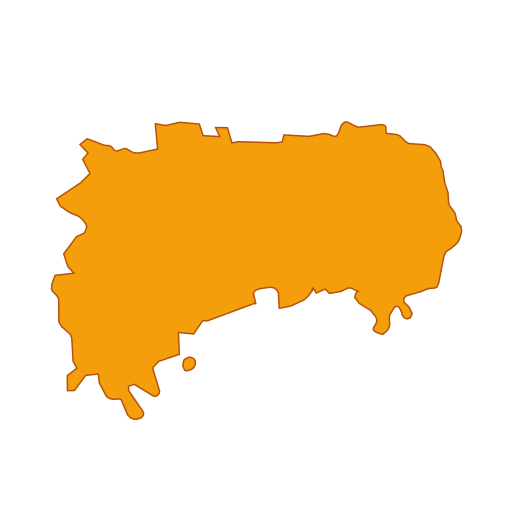 outline of Palencia, rotated 82°
{"feature_id": "ESP-5839", "entity_name": "Palencia", "entity_type": "Autonomous Community", "adm_level": 1, "iso_a3": "ESP", "parent_name": "Spain", "parent_adm1": "", "projection": "natural_earth1", "projection_center": [-4.405, 42.407], "detail": "fine", "context": "isolated", "style": "filled", "palette": "amber", "viewbox_px": 512, "rotation_deg": 82, "n_neighbors": 0, "source": "natural_earth", "source_scale": "10m", "svg_char_len": 2908}
<svg xmlns="http://www.w3.org/2000/svg" viewBox="0 0 512 512"><g transform="rotate(82 256 256)"><path d="M351.3,141.4L348.7,146.9L346.8,149.2L344.7,150.1L343.3,149.6L339.3,146.3L336.0,145.1L332.6,146.0L325.9,150.0L317.5,160.1L310.7,164.1L307.3,162.5L305.5,161.1L305.2,159.9L301.1,166.1L300.5,169.4L302.9,176.8L303.3,188.4L298.3,192.1L301.1,201.5L295.6,203.8L296.9,205.3L297.5,204.5L302.8,209.7L306.1,214.4L310.4,228.5L311.0,240.3L296.1,239.0L292.7,240.0L290.3,242.3L288.9,245.7L288.9,256.3L289.8,261.1L292.3,263.8L303.7,262.8L302.6,263.5L313.4,313.1L312.6,317.8L324.6,328.6L320.9,343.5L342.7,345.6L346.8,367.0L351.7,373.1L353.1,373.9L376.4,370.3L379.0,371.3L380.9,374.0L380.5,377.0L366.1,394.4L367.3,400.5L372.0,400.6L395.2,389.1L398.1,389.7L400.1,391.9L401.0,395.2L400.9,398.9L398.8,402.8L395.4,405.3L379.7,409.4L378.6,410.9L378.0,417.2L377.2,419.9L375.8,422.1L374.1,423.7L359.9,428.8L350.9,428.6L350.5,441.3L363.9,454.5L363.1,461.5L348.2,459.5L342.1,448.9L334.8,451.8L312.1,449.9L307.7,450.8L299.1,458.1L293.7,460.4L271.3,457.4L267.8,458.6L262.2,462.6L260.1,463.1L255.3,462.0L247.2,457.6L247.7,438.8L240.2,443.8L227.1,446.1L211.7,430.9L209.6,423.4L208.3,421.9L204.6,419.9L202.9,419.6L200.7,420.1L196.1,422.4L192.1,425.9L187.0,434.5L179.4,442.9L171.6,445.5L159.1,419.5L151.2,408.9L136.2,414.2L130.6,408.1L121.1,414.8L116.4,406.8L125.1,391.1L126.3,386.2L127.0,384.7L128.6,383.3L130.5,382.3L132.0,381.0L132.7,378.5L131.2,371.7L131.7,369.4L136.2,363.8L137.2,360.6L137.7,357.3L136.4,338.5L111.0,337.3L114.2,327.4L113.0,312.7L117.4,293.8L129.5,291.6L132.7,275.3L123.2,278.1L125.0,266.4L140.7,264.1L140.3,257.9L146.7,220.2L146.7,214.1L140.0,211.5L144.9,186.8L144.2,171.6L145.7,166.7L148.3,162.3L148.6,160.1L146.9,157.9L138.7,153.4L136.6,151.2L135.6,148.8L136.2,146.5L141.4,139.4L142.8,136.1L143.3,114.1L143.7,112.0L144.7,110.3L146.3,109.4L152.6,110.1L155.2,100.0L157.2,96.6L163.5,91.9L165.9,89.1L169.3,73.2L172.1,68.5L179.4,63.5L188.0,60.1L193.4,60.2L197.5,59.0L210.3,58.9L220.0,57.0L229.0,57.8L232.4,57.6L241.0,53.1L244.3,52.6L248.1,52.5L250.5,51.6L255.2,48.9L259.5,48.9L262.6,49.8L268.7,52.9L271.0,54.6L276.0,62.5L277.0,64.8L277.2,65.3L278.7,67.6L282.3,69.9L308.3,78.9L312.0,81.2L312.6,83.4L312.5,85.7L312.2,88.0L312.8,92.5L314.0,97.0L314.5,99.3L314.6,101.7L315.2,103.9L315.3,106.4L315.8,108.5L315.9,110.4L316.2,111.7L316.7,113.4L318.1,115.0L319.9,115.8L321.8,115.9L323.0,115.4L326.3,112.7L328.6,111.2L334.8,109.5L337.1,110.6L338.8,112.3L339.3,114.7L338.6,116.8L337.0,118.4L334.8,119.4L332.5,119.5L327.9,120.9L326.1,122.0L325.3,123.8L325.9,125.7L327.7,127.5L332.7,131.6L335.7,132.6L342.4,133.1L345.0,134.0L347.3,135.6L348.6,137.2L351.3,141.4ZM352.2,330.7L355.4,331.5L358.1,333.4L359.5,336.2L360.1,340.7L359.7,342.0L358.6,342.7L354.6,343.8L349.8,342.2L348.7,341.4L347.9,340.1L347.0,337.0L347.1,335.3L347.7,333.8L348.6,332.4L349.6,331.4L352.2,330.7Z" fill="#f59e0b" stroke="#b45309" stroke-width="1.5"/></g></svg>